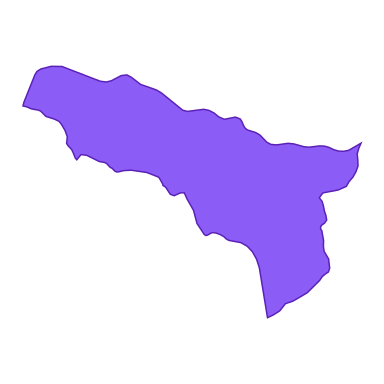 Abkhazia, orthographic projection
{"feature_id": "GEO-3015", "entity_name": "Abkhazia", "entity_type": "Autonomous Republic", "adm_level": 1, "iso_a3": "GEO", "parent_name": "Georgia", "parent_adm1": "", "projection": "orthographic", "projection_center": [41.203, 42.991], "detail": "fine", "context": "isolated", "style": "filled", "palette": "violet", "viewbox_px": 384, "rotation_deg": 0, "n_neighbors": 0, "source": "natural_earth", "source_scale": "10m", "svg_char_len": 1889}
<svg xmlns="http://www.w3.org/2000/svg" viewBox="0 0 384 384"><path d="M51.3,66.3L62.0,66.5L100.1,81.2L106.3,82.0L111.2,80.8L121.2,75.6L126.9,74.9L131.4,77.3L132.8,78.4L140.6,84.4L156.5,90.0L161.5,93.0L182.7,110.2L187.5,111.4L203.7,109.3L209.0,110.4L214.0,113.0L218.8,116.9L224.3,119.3L235.4,117.1L240.1,118.9L241.6,121.0L243.8,126.0L245.2,128.2L247.5,130.0L255.6,132.5L259.8,134.9L266.7,142.1L270.9,144.4L276.6,144.9L288.1,143.3L293.8,143.9L303.9,146.7L308.9,147.2L319.7,145.9L324.3,146.1L328.8,147.3L333.8,149.7L338.7,151.1L343.7,151.3L348.7,150.3L361.0,143.2L358.8,148.3L357.2,153.9L357.8,160.0L358.0,166.0L355.8,172.1L352.8,177.3L349.2,181.4L346.3,186.4L338.1,190.0L322.9,192.9L321.7,194.5L319.3,197.8L322.1,201.4L323.4,205.8L324.4,210.8L324.6,211.6L325.9,215.4L326.7,220.0L324.4,223.3L322.4,224.6L320.7,226.4L320.6,228.8L321.8,230.7L323.6,240.6L323.4,246.1L324.1,251.3L328.6,258.9L329.2,264.0L329.7,268.1L328.4,272.0L325.6,273.8L322.3,276.5L319.8,280.2L319.6,280.5L307.3,292.7L293.7,300.7L293.2,301.0L285.4,303.7L283.3,306.4L279.8,310.8L273.9,314.6L272.1,315.5L268.3,317.3L267.5,317.7L259.3,267.6L256.5,259.1L252.5,251.9L247.3,246.3L240.8,242.6L228.9,240.4L226.3,239.0L223.8,236.6L220.0,234.5L216.0,233.0L212.8,232.6L211.0,233.1L207.8,235.0L205.8,235.5L204.2,234.4L197.0,223.5L193.5,210.3L187.0,198.9L184.3,192.8L180.4,192.9L174.2,195.7L170.3,194.3L165.6,187.1L162.9,185.4L162.9,184.3L159.2,177.9L158.2,177.0L146.8,172.5L131.1,170.2L123.8,170.6L118.8,171.8L116.9,172.0L115.0,171.3L112.0,168.2L110.4,167.5L109.7,166.9L107.1,164.0L105.7,163.0L104.2,162.4L99.2,161.5L86.7,155.3L81.0,154.6L76.8,159.8L75.3,158.1L73.0,152.3L71.6,149.5L68.1,145.8L66.6,143.5L67.3,136.7L65.0,130.4L61.6,124.6L59.1,121.4L54.4,119.1L45.9,116.4L40.9,111.3L38.7,110.2L31.5,108.9L26.7,106.8L23.0,106.0L23.9,102.3L34.9,74.8L37.0,71.4L40.8,69.0L51.3,66.3Z" fill="#8b5cf6" stroke="#5b21b6" stroke-width="1.5"/></svg>